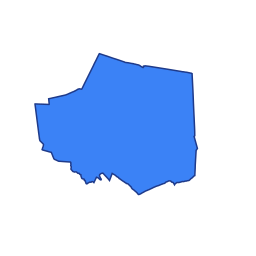 Sabareni, Giurgiu, Romania, rotated 326°
{"feature_id": "2599482B37773759614218", "entity_name": "Sabareni", "entity_type": "district", "adm_level": 2, "iso_a3": "ROU", "parent_name": "Romania", "parent_adm1": "Giurgiu", "projection": "natural_earth1", "projection_center": [25.872, 44.513], "detail": "fine", "context": "isolated", "style": "filled", "palette": "blue", "viewbox_px": 256, "rotation_deg": 326, "n_neighbors": 0, "source": "geoboundaries", "source_scale": "gbopen_adm2", "svg_char_len": 5500}
<svg xmlns="http://www.w3.org/2000/svg" viewBox="0 0 256 256"><g transform="rotate(326 128 128)"><path d="M156.8,204.8L157.6,203.7L161.2,198.9L163.2,196.1L165.5,193.1L166.1,192.3L172.0,184.6L172.4,184.5L174.1,183.8L178.1,171.9L179.0,171.8L181.6,167.8L183.7,164.4L188.4,156.7L192.1,150.6L196.2,143.9L198.5,140.2L202.5,133.7L211.5,118.8L211.4,118.7L211.3,118.2L208.3,115.1L207.6,114.4L206.7,113.7L205.5,112.5L204.6,111.8L203.1,110.3L201.7,109.0L198.1,105.6L194.3,102.0L185.4,93.7L179.8,88.5L176.9,86.0L176.4,85.8L175.6,86.0L175.4,85.8L175.3,85.5L174.4,86.3L174.0,86.0L173.5,84.7L173.2,84.3L172.7,82.8L172.3,82.1L171.5,81.0L171.0,80.7L170.8,80.4L169.5,78.9L169.0,78.5L168.8,78.2L168.5,77.7L168.1,77.5L167.5,76.8L167.2,76.6L164.7,74.1L162.4,72.1L162.2,71.9L161.9,71.2L160.8,69.8L159.0,67.4L156.7,64.4L154.7,61.9L152.0,58.3L145.9,50.4L145.6,50.4L141.2,52.9L140.4,53.4L135.9,55.9L134.1,57.0L132.0,58.2L117.0,66.7L112.7,69.2L111.6,69.8L111.3,69.9L111.1,69.7L110.8,69.4L110.3,69.0L109.7,68.4L109.3,68.2L108.7,68.0L108.3,68.0L108.1,67.8L107.5,67.8L106.5,67.8L105.8,67.7L105.1,67.7L104.4,67.5L104.2,67.6L101.5,67.0L101.3,67.0L100.8,66.9L99.6,66.7L99.3,66.6L99.2,66.7L98.6,66.5L96.2,66.1L95.7,65.9L94.9,65.8L78.6,59.4L76.0,64.2L75.7,64.3L69.4,59.7L68.4,59.0L64.6,56.2L64.3,56.1L51.8,81.0L51.4,81.7L51.4,81.8L49.3,86.0L48.8,87.0L48.7,87.1L48.7,87.3L48.1,88.5L48.0,89.3L47.9,89.4L48.8,93.8L48.7,94.2L48.7,94.5L48.3,94.9L48.0,95.2L47.2,96.0L46.1,96.7L45.0,97.7L44.9,97.8L44.7,97.9L44.8,98.3L46.3,100.1L48.2,102.3L49.0,103.3L50.8,105.3L50.5,106.7L50.2,108.2L49.9,109.3L49.6,111.0L49.4,111.7L49.4,112.1L49.4,112.5L49.5,112.9L49.7,113.1L50.0,113.6L50.5,114.4L51.5,116.1L51.8,116.6L52.1,116.9L52.6,117.3L53.4,117.9L54.9,119.1L56.7,120.5L61.2,124.0L61.3,124.3L61.2,124.8L60.9,125.1L60.7,125.5L60.6,125.9L60.2,126.4L59.6,127.0L59.4,127.4L59.4,127.8L59.3,128.4L59.2,128.5L59.0,128.8L58.5,129.3L58.2,129.7L57.9,129.9L57.7,130.1L57.7,130.7L57.7,131.0L57.8,131.5L57.9,132.2L57.9,132.7L58.0,133.2L58.1,133.4L58.5,133.8L58.6,134.0L58.8,134.3L58.9,134.5L59.2,134.7L59.4,134.8L59.9,135.0L60.5,135.4L60.7,135.9L60.8,136.2L60.9,136.4L60.9,136.9L61.0,137.2L61.1,137.5L61.3,137.7L61.6,137.9L61.9,138.0L62.0,138.2L62.2,138.4L62.1,139.0L62.1,139.3L62.2,139.5L62.3,139.8L62.7,140.2L62.8,140.3L62.7,140.5L62.5,140.8L62.1,141.7L62.0,142.0L61.9,142.3L61.9,142.6L61.8,142.9L61.6,143.5L61.6,143.8L61.6,144.1L61.8,144.6L62.2,145.0L62.6,145.4L63.0,145.9L63.0,146.2L63.0,146.4L62.8,146.5L62.6,146.8L62.5,147.0L62.6,147.3L62.8,147.6L62.9,148.0L63.0,148.1L62.9,148.3L62.7,148.7L62.6,149.0L62.6,149.4L62.4,150.0L62.3,150.3L62.2,150.5L62.3,150.9L62.4,151.1L62.6,151.2L62.8,151.3L63.3,151.4L63.5,151.4L63.9,151.3L64.2,151.2L64.5,151.3L64.8,151.4L65.6,151.4L66.0,151.5L66.3,151.6L66.7,152.1L66.8,152.2L67.0,152.3L67.3,152.3L67.6,152.2L67.8,152.3L68.1,152.3L68.6,152.6L68.8,152.8L68.9,153.1L69.0,153.4L69.2,154.2L74.3,151.2L74.6,151.6L74.8,151.8L75.1,152.2L75.3,152.5L75.5,153.3L75.7,154.1L75.8,154.5L75.9,155.0L76.0,155.2L76.3,155.7L76.4,155.8L76.6,155.9L76.8,155.9L77.0,155.7L77.2,155.2L77.2,154.5L77.2,153.9L77.4,152.9L77.6,151.8L77.8,151.5L77.9,151.3L78.3,150.9L78.6,150.8L79.6,150.7L79.9,150.7L80.2,150.7L80.7,150.8L81.2,151.1L81.9,151.3L82.1,152.2L82.2,153.0L82.5,155.0L82.6,155.5L82.7,156.1L82.8,156.7L82.9,157.5L83.2,159.4L83.2,159.7L83.3,161.2L89.5,156.8L90.0,158.0L90.3,158.5L90.5,158.9L90.8,159.5L91.0,160.1L91.2,160.6L91.4,161.6L91.5,162.0L92.1,163.1L92.4,163.8L92.4,164.2L92.4,164.5L92.4,164.8L92.5,165.2L92.7,165.4L93.0,166.1L93.2,166.8L93.5,167.6L93.7,168.2L93.9,168.5L94.2,169.5L94.3,169.7L94.4,169.9L94.7,170.3L94.7,170.5L94.8,170.9L94.9,171.2L95.1,171.5L95.2,171.9L95.4,172.3L95.5,172.4L95.6,172.9L95.6,173.1L95.9,173.3L96.4,173.8L96.5,173.9L96.7,174.3L96.8,174.5L96.8,174.9L97.0,175.5L97.1,176.0L97.1,176.4L97.2,176.6L97.2,176.8L97.3,177.1L97.5,177.9L97.6,178.1L97.6,178.3L97.6,178.7L97.4,179.5L97.5,180.3L97.5,180.6L97.5,180.9L98.0,182.2L98.3,183.0L98.4,183.7L98.8,184.8L98.9,185.2L99.0,185.8L99.2,186.5L99.4,188.8L99.5,189.0L100.0,189.3L100.8,189.5L101.5,189.6L102.4,189.7L103.4,189.7L104.1,189.8L105.1,189.9L105.3,189.9L105.6,189.9L106.0,190.0L106.7,190.0L106.9,190.0L107.9,190.2L108.4,190.3L108.7,190.4L109.2,190.5L110.0,190.6L111.1,190.9L112.8,191.1L113.8,191.3L114.6,191.4L115.2,191.5L115.8,191.5L116.2,191.6L116.6,191.7L117.1,191.8L117.6,191.9L118.5,192.0L119.4,192.3L120.0,192.4L120.2,192.5L120.8,192.7L121.4,192.9L122.4,193.0L122.7,193.1L123.0,193.2L123.5,193.3L124.2,193.4L124.9,193.6L125.2,193.7L125.4,193.7L125.7,193.7L126.2,193.9L126.4,194.0L126.9,194.2L127.2,194.2L127.5,194.3L127.8,194.3L128.1,194.3L128.7,194.2L129.0,194.1L129.5,194.1L129.8,194.2L130.8,194.5L131.1,194.5L131.9,194.6L132.2,194.6L132.5,194.8L132.9,195.1L133.2,195.3L133.3,195.4L133.7,195.9L133.9,196.3L133.9,196.5L134.0,196.7L134.0,196.9L133.9,197.1L134.0,197.2L134.1,197.5L134.4,197.8L134.6,198.0L134.8,198.4L135.0,198.5L134.8,201.1L135.2,200.9L135.6,200.7L136.1,200.6L136.6,200.6L137.0,200.6L137.7,200.5L138.0,200.5L138.3,200.7L138.6,200.9L139.1,201.3L139.6,201.5L139.8,201.7L140.4,201.9L141.3,202.2L141.6,202.3L141.8,202.4L142.1,202.5L142.4,202.5L142.9,202.7L143.2,202.8L143.4,203.0L143.6,203.2L143.8,203.3L144.3,203.6L144.9,203.8L145.4,203.9L145.6,204.0L145.8,204.1L146.4,204.4L146.9,204.7L147.7,204.9L147.9,205.0L148.1,205.1L148.5,205.3L149.2,205.6L149.4,205.6L149.6,205.6L149.8,205.6L151.3,205.3L151.9,205.2L152.6,205.2L153.3,205.2L155.9,204.7L156.3,204.7L156.5,204.7L156.8,204.8Z" fill="#3b82f6" stroke="#1e3a8a" stroke-width="1.5"/></g></svg>